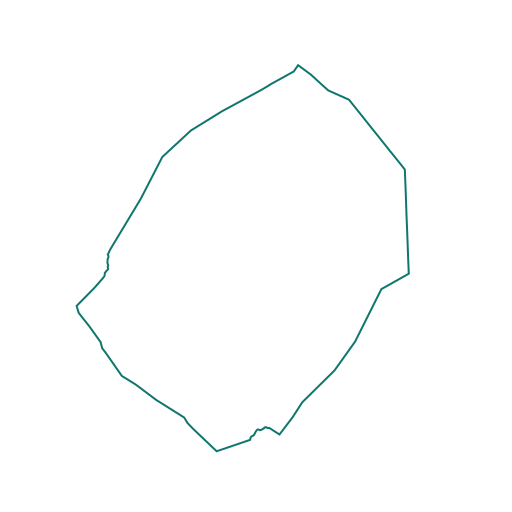 Noyon, Ömnögovi, Mongolia, rotated 216°
{"feature_id": "93677404B12923912473821", "entity_name": "Noyon", "entity_type": "district", "adm_level": 2, "iso_a3": "MNG", "parent_name": "Mongolia", "parent_adm1": "Ömnögovi", "projection": "natural_earth1", "projection_center": [102.365, 42.761], "detail": "fine", "context": "isolated", "style": "outline", "palette": "teal", "viewbox_px": 512, "rotation_deg": 216, "n_neighbors": 0, "source": "geoboundaries", "source_scale": "gbopen_adm2", "svg_char_len": 1908}
<svg xmlns="http://www.w3.org/2000/svg" viewBox="0 0 512 512"><g transform="rotate(216 256 256)"><path d="M371.8,110.2L365.9,105.7L349.4,101.1L331.1,95.0L326.3,91.0L320.6,89.3L294.0,80.1L277.8,81.3L252.1,80.9L219.1,83.1L213.2,80.6L205.2,79.2L173.1,74.9L152.7,103.8L152.8,104.1L153.1,104.7L153.4,105.2L153.5,105.7L153.6,106.1L153.6,106.7L153.6,107.3L153.3,108.0L153.1,108.5L152.7,109.0L152.6,109.3L152.5,109.6L152.5,110.1L152.6,111.0L152.6,111.7L152.8,112.5L152.9,113.5L153.0,114.6L152.9,115.7L152.8,116.3L152.6,116.7L152.1,117.0L151.5,117.2L150.9,117.3L150.4,117.4L150.2,117.5L149.5,118.6L149.1,119.6L148.8,120.1L148.6,120.5L148.4,120.8L148.3,121.1L148.3,121.6L148.4,122.0L148.3,122.3L148.2,122.5L147.9,122.7L147.5,123.0L147.3,123.3L147.2,123.5L146.7,123.6L145.9,123.5L145.5,123.6L145.2,123.8L144.9,124.0L144.3,124.7L132.1,125.4L131.9,133.4L131.9,133.5L131.6,147.1L132.6,164.8L125.2,209.5L125.5,244.9L135.1,302.9L122.0,331.5L130.4,342.1L141.3,356.0L147.8,364.3L156.2,374.9L158.4,377.7L165.8,387.2L170.8,393.6L180.0,405.3L186.4,413.4L192.3,415.1L207.8,419.3L208.7,419.5L224.5,423.9L238.1,427.6L255.8,432.5L272.6,437.1L286.3,434.2L294.9,432.4L304.3,433.4L318.4,435.0L334.1,435.1L333.9,427.5L344.4,405.1L349.2,393.7L368.5,353.3L382.4,319.4L390.0,281.0L382.9,234.9L377.8,175.8L376.7,170.0L376.1,169.7L375.5,169.4L375.1,168.9L374.8,168.5L374.5,167.8L374.3,166.9L374.3,166.6L374.2,166.3L374.0,165.9L373.7,165.5L373.4,165.1L373.1,164.6L372.6,163.8L372.3,163.3L371.9,162.9L371.4,162.5L370.9,162.2L370.5,161.9L370.1,161.6L370.1,161.3L369.9,160.8L369.7,160.2L369.3,159.8L368.8,159.4L368.4,159.1L368.2,158.8L368.0,158.5L367.9,158.1L368.0,157.5L368.0,157.0L368.2,156.4L368.3,155.6L368.3,155.2L368.2,154.8L368.3,154.3L368.4,153.8L368.4,153.6L368.1,153.2L367.9,152.7L367.4,151.9L367.2,151.5L366.9,151.0L366.8,150.5L366.8,149.9L366.8,148.4L368.0,135.2L371.8,110.2Z" fill="none" stroke="#0f766e" stroke-width="2"/></g></svg>